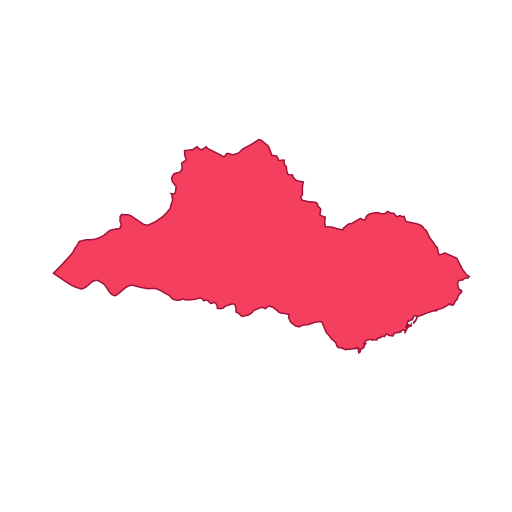 Hörgársveit, Norðurland eystra, Iceland, rotated 74°
{"feature_id": "244011B22444435927366", "entity_name": "Hörgársveit", "entity_type": "district", "adm_level": 2, "iso_a3": "ISL", "parent_name": "Iceland", "parent_adm1": "Norðurland eystra", "projection": "orthographic", "projection_center": [-18.391, 65.624], "detail": "fine", "context": "isolated", "style": "filled", "palette": "rose", "viewbox_px": 512, "rotation_deg": 74, "n_neighbors": 0, "source": "geoboundaries", "source_scale": "gbopen_adm2", "svg_char_len": 6102}
<svg xmlns="http://www.w3.org/2000/svg" viewBox="0 0 512 512"><g transform="rotate(74 256 256)"><path d="M135.0,295.7L140.1,296.8L142.4,296.5L144.3,296.8L144.8,297.3L145.9,301.3L146.5,302.0L150.6,302.6L152.5,303.6L154.5,306.2L154.2,309.5L154.5,312.5L157.7,315.7L161.6,315.9L167.2,313.6L172.9,316.1L173.6,317.3L173.4,318.4L173.2,318.8L173.4,319.4L172.8,320.4L174.6,319.7L175.4,320.3L179.3,320.7L183.7,323.9L185.5,324.7L186.8,325.6L188.2,327.9L189.8,329.8L190.4,330.7L190.8,332.0L192.3,334.4L195.2,342.7L196.4,349.7L196.5,351.1L196.4,352.0L195.2,354.4L194.0,355.9L182.8,365.2L180.9,367.8L180.7,369.4L180.3,370.2L180.3,370.6L179.9,371.1L179.7,372.7L179.1,373.2L179.0,373.7L180.7,375.9L181.6,375.7L183.1,376.6L184.8,377.1L188.2,376.7L192.1,379.3L191.8,381.7L191.2,383.4L191.5,384.7L191.1,386.3L191.3,386.7L191.1,387.2L191.1,389.1L192.0,391.9L193.5,394.5L193.6,395.4L194.5,397.3L195.3,402.1L195.4,405.5L195.5,406.6L195.0,409.4L193.7,414.4L193.4,416.9L193.3,421.9L196.2,424.7L198.8,428.0L201.2,430.2L203.6,433.2L212.4,447.7L216.7,455.5L228.1,446.1L233.2,441.5L236.3,437.9L239.5,433.1L239.7,431.8L239.1,428.3L235.5,420.6L235.2,418.6L235.3,416.7L235.7,415.4L236.5,414.1L240.2,410.6L242.3,409.3L251.0,406.5L253.0,405.4L254.9,403.4L255.3,402.4L255.1,400.6L250.7,390.6L250.0,388.5L249.6,385.7L249.7,384.2L250.0,382.9L254.1,376.0L257.5,369.3L258.9,363.5L260.0,360.8L263.0,357.1L266.9,353.5L269.6,350.5L274.1,348.1L274.9,347.4L276.2,345.2L276.9,343.6L277.4,341.6L277.2,339.2L277.3,337.8L278.6,336.2L280.0,331.3L280.7,327.7L280.9,324.1L280.8,322.0L281.2,320.6L282.0,319.8L284.7,318.5L284.5,316.1L284.6,315.8L285.6,314.6L289.1,312.6L289.3,311.1L289.1,309.8L289.2,308.9L289.7,308.4L290.9,307.6L293.4,307.1L295.6,307.6L296.0,306.9L296.9,304.4L297.0,302.0L295.6,298.7L295.8,296.2L295.5,294.7L295.6,292.0L296.0,290.6L296.9,289.6L301.1,289.7L304.0,290.6L304.6,290.5L306.2,288.4L309.0,287.1L310.3,285.8L310.7,279.3L309.1,275.0L307.7,273.2L307.0,266.6L307.0,264.6L307.5,263.5L309.3,261.3L308.4,260.1L308.1,259.1L307.8,257.5L308.1,256.6L310.5,253.3L311.7,252.8L313.8,250.9L315.7,250.0L316.6,249.1L317.7,247.7L319.9,242.8L321.6,240.3L323.5,241.4L324.6,241.6L329.3,240.8L334.3,237.2L336.1,233.7L335.5,231.8L335.5,230.4L335.7,227.5L336.0,227.0L336.4,223.5L336.0,219.5L336.0,217.5L336.5,213.6L336.8,212.5L337.6,210.9L349.1,209.5L353.0,207.5L355.5,206.8L361.2,203.2L365.0,203.0L366.3,202.4L367.6,200.5L368.0,198.6L368.4,198.5L368.3,198.2L368.7,197.9L369.2,197.9L369.4,197.1L370.1,196.2L370.8,196.0L370.6,194.9L370.9,194.4L370.8,193.4L371.0,193.4L371.0,192.7L371.5,192.0L371.6,191.6L371.4,191.5L371.6,190.7L371.5,189.9L371.9,188.7L371.9,188.4L372.3,186.9L372.2,185.9L372.0,185.6L372.3,185.4L372.1,184.8L372.5,184.9L372.5,184.1L372.8,183.9L372.4,183.7L373.2,183.0L373.9,183.4L374.2,183.0L374.2,182.7L376.1,183.9L377.4,183.8L376.8,182.1L375.7,181.8L374.2,180.7L374.5,179.7L374.0,178.8L374.0,178.2L373.3,177.9L373.3,177.3L372.9,176.8L371.6,176.6L370.7,174.8L370.3,175.5L370.4,176.4L369.9,176.8L368.9,174.6L368.1,174.0L367.4,172.5L367.7,171.4L367.3,169.6L369.0,167.4L369.0,166.0L368.9,165.9L370.0,163.1L369.8,162.5L369.2,162.6L368.2,161.4L368.6,160.1L369.0,159.6L368.3,158.6L368.5,158.1L368.0,156.2L368.9,154.8L367.4,152.8L367.1,152.0L368.0,150.7L369.0,150.0L370.6,146.6L369.2,145.2L368.3,143.8L368.3,143.1L368.6,142.6L368.5,141.1L369.0,139.5L368.7,138.4L369.0,137.7L368.4,137.6L367.7,136.6L367.8,134.7L367.5,134.5L368.8,133.2L369.9,133.8L370.6,133.8L367.1,130.5L366.2,129.1L365.8,127.2L366.2,126.5L365.5,125.8L364.6,125.7L365.1,126.1L365.1,126.7L365.5,127.4L365.9,129.2L364.5,128.5L365.8,131.4L365.4,131.4L364.5,130.0L363.8,130.0L363.5,129.2L360.9,128.6L360.6,128.2L361.0,126.9L360.5,126.3L360.1,124.2L360.4,123.2L359.0,122.7L358.9,121.9L357.2,121.0L357.1,120.3L358.0,118.5L358.0,117.6L358.2,117.3L362.1,120.5L362.5,121.4L362.6,121.2L363.2,121.9L363.3,122.5L364.4,123.4L362.4,120.5L358.8,117.6L358.3,116.9L358.8,115.2L358.5,113.5L358.6,113.1L358.3,111.8L358.4,111.2L358.1,110.0L358.1,108.9L357.7,106.1L357.9,104.3L357.6,103.4L357.7,102.1L357.5,100.8L358.0,98.7L357.6,99.2L357.6,97.6L358.1,97.5L358.3,98.2L358.4,97.8L358.1,97.3L357.7,97.3L357.9,96.7L357.4,94.3L357.6,92.5L357.5,91.4L356.9,88.0L355.6,83.9L355.6,83.4L356.0,83.3L356.0,83.1L355.5,83.3L355.5,83.0L355.9,82.8L355.6,82.6L356.0,82.1L356.7,81.5L356.7,81.8L357.7,80.6L356.9,79.1L353.9,76.5L353.6,75.2L353.3,74.7L350.0,72.6L348.0,69.7L347.8,68.7L346.6,67.9L345.6,68.0L344.3,69.8L341.8,70.2L338.1,69.8L335.9,68.4L335.7,68.0L335.5,66.4L335.9,65.4L335.8,64.9L336.0,64.4L336.0,63.6L335.1,62.1L334.8,60.5L335.4,59.5L335.5,58.0L334.4,56.5L333.3,57.8L331.7,58.9L325.9,61.2L313.5,63.6L305.1,73.7L305.6,76.6L305.3,79.5L303.4,79.9L297.8,79.4L295.7,80.8L291.8,81.7L286.6,83.9L279.0,85.2L277.6,85.7L276.5,86.9L274.5,87.3L273.7,88.0L272.5,88.4L269.8,91.8L264.3,102.0L263.1,102.5L258.7,102.7L258.7,103.6L258.2,105.0L256.8,106.4L257.1,108.2L257.0,109.2L256.3,110.3L252.9,111.8L252.2,114.1L250.9,115.7L249.8,116.5L249.6,117.0L249.7,118.1L251.0,120.9L249.5,124.7L247.9,126.6L247.2,130.3L246.8,135.1L247.4,137.3L248.2,138.7L248.7,139.4L250.0,140.0L251.5,142.1L248.6,145.4L249.9,149.9L250.0,151.5L251.3,155.0L250.9,156.0L250.8,157.4L251.0,158.8L253.4,164.3L254.8,165.5L251.7,171.2L249.4,174.4L248.0,178.2L247.3,180.9L246.0,181.2L242.5,180.7L237.7,178.7L236.5,180.7L234.2,183.3L229.8,181.2L228.4,180.9L224.9,182.8L222.8,182.5L221.8,182.9L220.6,184.3L218.5,190.0L215.1,196.4L211.6,196.7L210.9,196.2L210.1,194.5L202.4,192.4L197.8,190.1L194.9,196.1L192.8,197.5L190.4,198.6L188.1,198.6L187.2,201.5L186.3,202.8L182.3,203.0L178.6,202.2L175.3,203.6L171.6,202.5L171.1,204.3L170.8,206.7L170.4,207.5L169.9,208.0L167.6,207.9L165.6,208.7L164.1,211.7L163.9,213.0L156.8,213.4L153.4,214.1L146.8,218.6L145.5,219.9L144.9,220.9L144.9,221.4L147.1,228.5L148.3,233.6L148.9,236.9L149.5,239.0L150.5,241.1L152.2,244.1L152.4,248.4L152.1,251.0L150.0,254.0L149.6,255.0L149.5,255.7L149.6,256.3L151.5,258.3L151.6,259.1L151.1,260.7L149.6,261.7L139.1,273.1L137.3,273.6L138.6,278.0L138.8,279.0L138.6,279.7L137.2,281.2L134.6,282.6L136.0,286.3L136.3,287.4L135.0,295.7Z" fill="#f43f5e" stroke="#9f1239" stroke-width="1.5"/></g></svg>